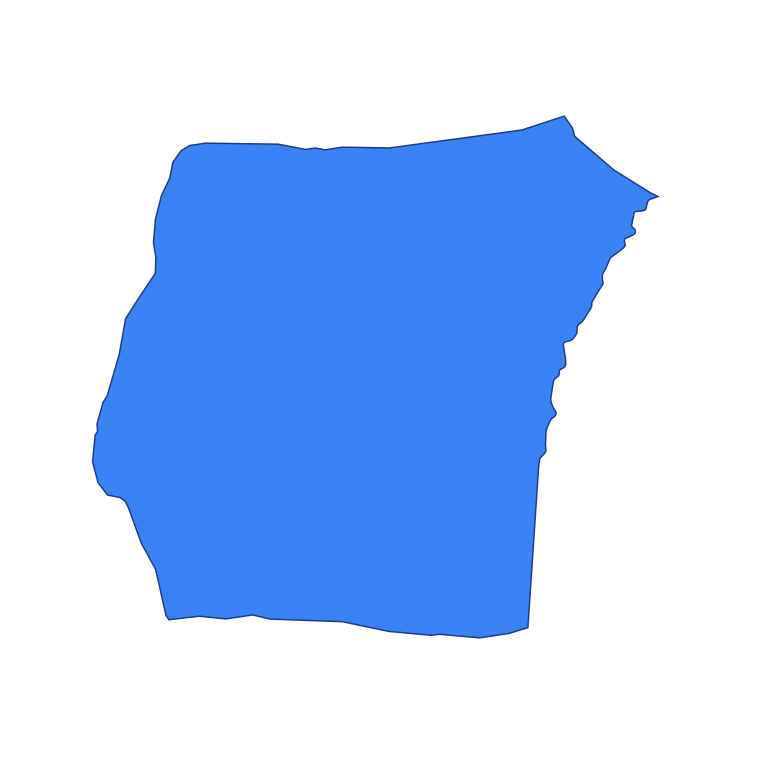 San Pedro Necta, Huehuetenango, Guatemala (orthographic projection), rotated 81°
{"feature_id": "79465075B78521623494839", "entity_name": "San Pedro Necta", "entity_type": "district", "adm_level": 2, "iso_a3": "GTM", "parent_name": "Guatemala", "parent_adm1": "Huehuetenango", "projection": "orthographic", "projection_center": [-91.759, 15.532], "detail": "fine", "context": "isolated", "style": "filled", "palette": "blue", "viewbox_px": 768, "rotation_deg": 81, "n_neighbors": 0, "source": "geoboundaries", "source_scale": "gbopen_adm2", "svg_char_len": 2556}
<svg xmlns="http://www.w3.org/2000/svg" viewBox="0 0 768 768"><g transform="rotate(81 384 384)"><path d="M583.2,633.3L584.4,602.9L591.3,577.0L591.5,550.0L598.3,533.4L612.2,462.5L629.1,418.0L639.4,377.4L639.9,368.3L649.7,329.3L649.9,299.2L647.1,280.0L486.8,243.5L486.0,243.0L484.3,242.6L482.7,242.0L481.6,241.3L480.7,240.3L479.4,238.7L478.4,237.1L477.5,236.1L475.9,234.8L474.8,234.4L472.2,234.3L468.7,233.9L460.1,232.2L456.3,231.5L454.1,230.5L452.5,229.7L449.5,227.7L446.7,226.0L445.3,224.8L444.2,223.6L443.8,222.7L442.8,220.5L441.8,219.6L440.4,218.7L438.8,218.5L438.0,218.7L436.1,219.7L434.5,220.4L432.4,220.9L428.5,221.7L426.4,221.8L424.3,221.5L422.8,221.1L420.1,220.2L417.6,219.4L412.2,217.7L408.6,216.5L406.8,215.5L406.0,214.8L405.1,213.5L404.1,211.9L403.4,210.5L402.6,209.9L401.7,209.5L400.0,209.2L398.5,208.9L397.9,208.5L397.4,207.9L397.0,206.7L396.6,205.4L395.9,204.0L395.3,202.9L394.4,202.1L393.3,201.5L390.8,201.2L388.8,200.9L386.0,200.8L380.7,200.8L373.4,200.7L372.1,200.4L371.4,199.8L371.0,199.3L370.6,197.4L370.5,195.5L370.0,192.2L369.4,190.8L365.9,187.0L363.9,185.5L362.3,185.1L359.2,184.6L357.7,184.1L356.2,183.1L355.2,181.8L354.6,180.4L353.7,179.0L352.4,177.4L349.2,174.6L344.4,170.4L341.6,167.9L340.2,166.9L338.5,166.5L336.7,166.2L335.4,165.6L334.0,164.6L330.2,161.3L323.3,155.5L321.4,153.8L319.7,152.2L319.0,151.9L317.7,151.8L315.3,151.9L311.8,151.6L310.4,151.2L308.9,150.3L307.4,149.1L305.1,147.2L297.0,142.2L294.9,140.6L293.9,139.1L288.8,129.2L286.4,125.3L285.4,124.3L284.4,124.0L281.3,124.2L279.3,124.0L278.3,123.5L277.9,122.8L277.8,122.1L277.4,120.4L276.7,117.5L275.5,114.2L274.9,113.0L273.8,112.1L272.5,111.8L271.6,111.8L270.7,112.0L269.8,112.6L268.4,113.9L267.1,114.5L266.1,114.6L265.1,114.3L263.9,113.8L262.4,113.5L261.1,112.9L259.6,112.2L258.6,111.7L256.3,111.0L254.3,110.4L253.6,109.9L253.1,109.2L253.0,108.2L253.0,106.3L253.4,102.9L253.4,100.8L253.0,99.2L252.3,98.4L251.5,97.7L250.3,97.1L247.6,96.2L245.5,95.1L244.4,94.3L243.6,93.3L243.1,92.0L242.9,90.5L242.4,87.8L241.8,84.9L241.6,84.0L236.7,91.2L208.4,123.7L169.3,156.9L160.6,157.9L147.6,164.1L154.7,208.0L151.7,341.9L143.6,387.8L143.5,405.3L140.1,415.1L140.1,424.7L130.6,450.9L118.2,522.7L118.1,538.6L122.0,548.1L131.9,557.8L147.1,563.4L163.3,574.4L185.4,583.9L208.3,589.6L223.2,589.5L239.0,592.6L259.9,612.0L279.1,629.0L313.1,640.8L352.3,659.2L358.3,664.4L378.5,673.7L385.9,674.3L389.4,677.3L415.4,684.0L436.9,681.8L450.4,674.4L454.9,662.4L459.4,657.9L466.4,655.7L503.4,648.6L531.2,638.6L578.7,635.5L583.2,633.3Z" fill="#3b82f6" stroke="#1e3a8a" stroke-width="1.5"/></g></svg>